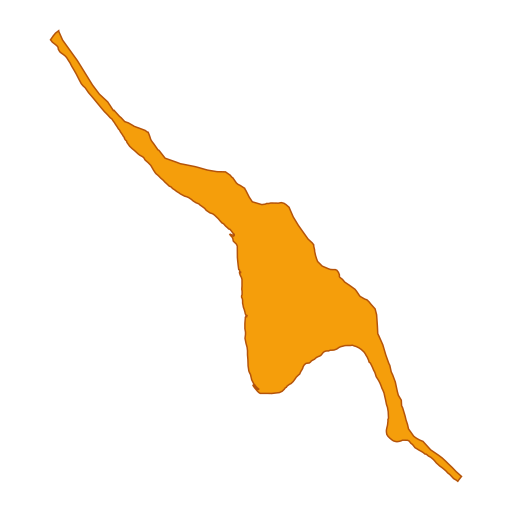 Dar al-Salam, Suhaj, Egypt
{"feature_id": "37247803B4319107870519", "entity_name": "Dar al-Salam", "entity_type": "district", "adm_level": 2, "iso_a3": "EGY", "parent_name": "Egypt", "parent_adm1": "Suhaj", "projection": "equal_earth", "projection_center": [32.033, 26.274], "detail": "fine", "context": "isolated", "style": "filled", "palette": "amber", "viewbox_px": 512, "rotation_deg": 0, "n_neighbors": 0, "source": "geoboundaries", "source_scale": "gbopen_adm2", "svg_char_len": 5699}
<svg xmlns="http://www.w3.org/2000/svg" viewBox="0 0 512 512"><path d="M50.5,39.8L50.8,40.1L52.3,42.1L53.7,43.2L55.5,44.6L57.2,46.1L58.1,47.4L58.3,49.2L59.8,51.8L61.2,53.0L62.8,54.1L64.9,55.7L66.6,57.5L68.4,60.4L70.0,62.8L71.6,66.0L73.5,69.2L76.2,73.9L79.0,79.4L81.2,83.6L83.0,85.8L85.2,87.8L88.5,92.6L92.8,97.6L95.6,101.0L101.2,107.8L104.5,111.7L107.6,114.8L110.2,117.7L112.0,119.1L113.2,121.0L114.5,122.7L115.5,124.4L116.9,126.4L118.5,129.0L119.5,130.0L120.4,131.8L122.6,135.0L123.5,136.6L124.4,137.5L124.4,138.3L124.9,139.2L125.5,140.1L125.9,140.4L126.4,140.7L126.7,141.5L127.0,142.5L128.5,144.6L129.6,146.2L132.1,148.6L134.3,150.4L136.4,152.3L138.0,153.8L139.8,155.2L142.2,156.5L143.7,157.6L145.1,160.0L148.1,162.6L150.8,165.4L153.5,170.1L155.2,172.7L156.2,173.9L157.5,174.9L158.9,176.2L160.8,178.2L163.2,180.2L164.9,182.1L167.0,184.0L169.3,186.2L170.8,186.7L172.7,188.6L174.7,189.9L176.6,191.4L178.9,192.8L180.4,193.9L184.5,196.1L186.9,196.8L188.7,197.6L191.4,199.4L193.1,200.9L195.9,202.7L198.7,203.8L199.4,204.4L200.2,205.2L201.2,205.8L203.1,207.2L204.7,208.4L206.2,210.3L208.4,211.8L210.0,212.9L212.5,213.7L214.4,215.0L216.3,216.8L218.3,218.7L220.2,221.0L221.9,222.9L223.1,223.5L223.9,224.1L225.5,226.0L227.7,227.9L228.6,228.9L230.1,229.4L230.8,230.3L231.9,231.7L232.9,233.1L234.2,234.3L234.2,235.6L233.4,236.1L233.0,235.1L231.5,234.8L230.4,234.2L229.9,234.4L230.5,235.5L231.9,236.8L232.8,238.5L233.3,241.1L234.5,242.3L236.3,244.0L237.3,246.0L237.4,257.5L237.7,260.9L237.9,262.7L238.1,264.7L238.4,267.1L238.7,269.4L239.4,269.8L239.7,271.6L240.6,272.0L240.6,272.6L239.5,272.9L240.3,275.3L241.4,277.4L242.0,279.5L242.0,286.1L241.8,289.2L242.1,291.3L242.1,294.6L241.6,295.9L241.6,297.2L242.4,298.9L242.6,300.8L242.6,303.2L243.0,305.0L243.4,307.2L244.2,309.4L245.0,312.3L245.3,313.8L245.9,315.2L246.2,315.2L247.0,315.5L246.6,316.8L245.7,316.7L245.3,317.3L245.3,318.4L245.0,322.1L244.9,323.7L244.9,328.6L245.5,332.1L245.5,334.5L245.0,338.3L246.0,343.3L247.1,347.3L247.5,350.7L247.5,355.0L247.9,359.6L248.1,365.9L248.8,370.8L249.4,372.4L250.5,374.6L251.7,379.8L253.2,382.7L253.9,384.1L254.7,384.7L255.0,385.4L256.5,387.1L257.3,387.9L258.7,389.0L258.6,389.4L257.8,389.3L257.4,388.9L256.6,388.8L255.7,387.8L255.0,387.1L254.7,386.1L253.9,385.2L253.2,385.1L253.0,385.5L253.7,386.5L254.6,387.8L257.6,391.4L258.4,392.1L259.2,392.8L260.3,393.4L262.5,393.4L265.8,393.4L267.9,393.4L271.6,393.5L274.9,393.1L277.4,392.8L279.3,392.6L282.1,391.3L284.2,389.3L285.4,387.7L286.3,387.3L287.0,386.2L288.1,385.3L289.2,384.5L291.1,383.5L293.1,381.6L294.9,379.2L296.3,377.1L298.4,375.1L299.7,374.0L300.7,371.7L301.7,370.1L302.6,368.5L303.2,366.6L304.1,365.1L305.1,364.1L306.0,363.4L307.9,363.1L309.2,363.0L310.5,362.0L311.4,360.9L312.8,360.1L314.5,359.2L315.6,358.2L316.4,357.5L318.2,356.6L319.8,356.0L320.8,355.4L321.7,354.4L322.5,353.3L323.3,352.4L324.4,351.6L325.7,351.1L327.2,350.9L328.3,351.0L330.3,350.2L331.9,350.2L334.1,350.0L336.8,349.0L339.1,347.4L340.7,346.7L343.1,346.1L344.9,345.6L347.1,345.5L350.3,345.5L352.4,345.2L354.4,346.0L356.2,346.5L359.0,347.9L361.2,349.4L362.5,350.6L364.0,352.0L365.2,353.7L366.1,355.4L367.2,357.1L368.6,360.3L369.1,362.1L370.3,363.0L371.4,365.1L372.5,367.4L373.6,370.1L374.8,372.3L375.6,374.7L376.2,376.7L377.9,379.3L379.0,381.2L380.0,383.2L381.0,385.6L381.9,388.2L382.8,390.0L384.0,392.9L384.8,396.6L385.5,399.6L386.5,404.5L387.5,407.5L388.2,411.7L388.5,418.1L387.9,419.7L388.0,421.1L387.8,422.4L387.7,423.8L387.4,425.7L386.9,427.6L386.4,430.1L386.4,431.9L386.8,434.4L388.0,436.3L390.0,438.3L392.1,440.0L393.5,440.9L395.2,441.4L396.1,441.6L397.0,441.7L399.1,441.4L400.9,440.9L402.5,440.2L405.0,440.2L407.7,440.3L409.2,441.1L410.9,443.3L412.5,444.5L414.1,446.5L415.0,447.7L416.6,448.6L418.8,450.0L421.2,451.3L423.3,452.6L424.9,454.0L426.3,454.2L428.4,456.0L430.8,457.3L433.4,459.5L435.1,461.4L436.3,462.9L438.1,464.5L439.7,466.0L442.1,467.7L443.7,469.0L446.0,471.0L447.8,473.0L449.8,474.5L451.5,476.3L453.6,478.6L456.4,480.2L457.8,481.3L458.7,480.0L459.4,479.1L461.5,476.4L461.1,476.1L456.1,471.6L452.4,467.7L448.3,463.8L445.7,461.2L442.1,457.9L438.5,455.2L430.7,449.9L423.0,441.4L419.8,440.1L417.2,438.7L415.2,437.4L413.6,436.1L408.5,428.9L407.5,424.4L406.0,419.9L405.1,416.1L402.6,407.7L401.6,405.8L401.3,400.2L398.3,395.2L397.3,391.4L395.3,382.0L392.7,375.0L391.2,371.8L389.8,365.4L388.8,363.4L385.8,355.0L382.8,344.8L378.8,335.8L377.8,333.8L377.7,332.6L377.4,326.2L376.6,314.7L375.1,308.9L371.0,304.3L368.9,301.7L366.9,299.8L366.3,299.6L364.8,299.1L360.1,296.4L359.1,295.1L356.5,291.2L355.0,289.3L351.3,286.6L344.6,282.0L342.5,279.4L339.9,277.4L339.4,276.7L339.4,274.8L338.4,272.3L337.4,271.0L336.9,270.3L335.3,269.6L332.7,269.6L331.2,269.5L330.6,269.5L328.5,268.8L323.8,266.8L322.2,266.1L317.6,261.5L316.6,258.9L315.6,255.7L314.6,251.2L314.6,250.0L313.7,246.1L313.7,244.8L312.2,242.9L308.0,239.0L298.3,225.3L293.2,216.9L289.6,208.6L289.1,207.3L286.0,204.6L284.0,203.3L281.3,202.6L278.2,203.2L276.5,203.1L276.0,203.1L270.8,203.0L268.7,203.5L266.5,203.5L265.5,204.1L261.8,204.6L252.3,201.8L249.8,198.0L249.3,197.3L245.7,190.2L245.2,189.6L244.7,188.3L242.6,187.0L240.5,185.6L237.9,184.3L236.4,183.0L232.8,177.8L231.7,177.1L230.2,175.2L225.5,171.9L222.9,171.8L217.1,171.7L207.6,170.1L205.0,169.4L197.7,167.3L195.0,166.6L184.0,164.4L180.3,163.7L176.7,162.3L165.1,158.2L159.0,150.4L157.9,149.8L153.8,143.9L151.8,141.3L150.7,139.4L149.7,136.2L148.2,132.3L147.7,132.3L145.1,130.4L141.4,129.0L134.1,126.3L133.1,125.6L128.4,122.9L124.7,121.6L121.1,117.7L119.5,116.4L114.0,110.3L113.4,110.6L107.7,101.9L99.4,94.2L92.4,84.9L81.4,67.1L77.2,60.4L62.6,40.1L59.0,32.0L58.8,31.5L58.7,30.7L55.4,33.2L54.5,34.4L53.5,35.5L50.5,39.8Z" fill="#f59e0b" stroke="#b45309" stroke-width="1.5"/></svg>